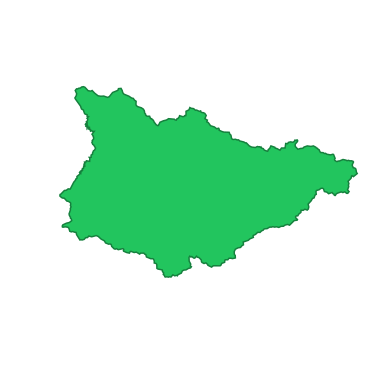 outline of Ngao, Lampang, Thailand, rotated 112°
{"feature_id": "78962969B20841547873304", "entity_name": "Ngao", "entity_type": "district", "adm_level": 2, "iso_a3": "THA", "parent_name": "Thailand", "parent_adm1": "Lampang", "projection": "orthographic", "projection_center": [99.933, 18.773], "detail": "fine", "context": "isolated", "style": "filled", "palette": "green", "viewbox_px": 384, "rotation_deg": 112, "n_neighbors": 0, "source": "geoboundaries", "source_scale": "gbopen_adm2", "svg_char_len": 6074}
<svg xmlns="http://www.w3.org/2000/svg" viewBox="0 0 384 384"><g transform="rotate(112 192 192)"><path d="M131.8,276.8L128.8,277.8L128.4,279.7L127.2,281.5L127.5,283.1L126.8,286.4L126.8,291.7L125.8,293.5L124.2,294.6L122.5,296.6L123.7,298.9L125.5,298.8L129.5,302.9L134.6,304.4L135.9,305.7L136.1,309.7L137.4,312.5L138.0,315.1L136.8,319.3L135.3,322.6L136.4,323.6L137.0,326.3L135.0,330.5L135.0,332.1L136.1,333.8L137.3,334.3L138.4,336.1L139.4,336.8L139.6,337.7L141.6,338.3L144.0,335.8L146.0,335.4L148.6,335.8L149.2,335.3L154.1,327.6L156.4,325.6L156.7,323.4L159.4,321.1L159.8,320.3L159.6,318.2L161.1,317.6L161.0,316.2L162.9,317.0L163.0,316.3L163.6,315.9L165.7,315.7L166.5,316.2L166.9,315.3L168.1,315.9L168.1,314.7L169.6,314.4L169.7,314.8L168.6,315.5L169.5,316.0L169.8,315.1L170.8,315.1L171.0,314.1L170.3,313.8L171.9,313.2L170.5,312.9L171.3,312.2L170.8,311.6L172.2,311.5L171.5,310.7L172.3,310.4L172.3,309.5L172.7,309.0L173.3,309.2L173.6,308.8L172.7,308.0L173.3,306.2L172.6,305.9L172.4,305.4L175.9,306.4L177.2,304.4L177.7,304.4L178.2,303.7L179.7,303.1L181.7,303.8L182.4,303.3L183.5,303.4L185.0,301.9L185.3,300.7L187.4,297.9L189.6,298.0L190.7,298.8L193.3,298.8L194.3,298.4L195.6,299.4L197.6,298.5L198.4,300.2L198.9,299.4L201.9,298.4L202.6,301.6L203.7,301.5L204.5,302.8L205.1,302.1L205.8,302.5L206.1,302.1L206.9,302.3L206.9,301.8L208.3,301.0L208.8,301.5L208.7,302.1L210.7,301.5L211.3,302.4L211.9,302.1L212.9,302.3L212.9,301.7L213.7,301.9L214.1,302.7L215.7,302.3L214.9,303.3L216.1,303.6L216.6,302.8L217.4,302.7L220.7,304.5L222.2,303.8L223.5,304.6L224.8,304.5L227.1,305.3L234.9,306.0L235.5,308.0L237.5,309.2L238.4,310.9L243.1,312.8L243.7,313.4L245.2,313.0L246.0,310.9L246.1,309.8L245.6,308.1L247.3,304.6L247.0,303.2L247.4,300.7L248.6,299.9L250.0,299.7L251.1,298.6L253.1,298.6L254.1,298.0L258.3,297.8L259.7,296.9L260.9,295.3L261.8,294.9L262.1,293.9L263.6,292.8L266.2,294.3L268.0,296.8L270.8,299.4L271.7,299.6L272.9,299.2L273.0,298.5L271.7,296.3L271.2,293.9L271.7,292.6L274.2,290.6L274.2,289.0L273.3,287.8L273.3,286.1L272.9,284.3L274.8,283.0L278.5,277.9L277.8,277.2L277.7,276.0L276.3,274.2L274.2,273.5L273.4,271.8L271.5,271.2L271.1,268.2L268.3,264.5L268.3,262.3L269.7,258.7L270.1,254.9L271.6,253.1L271.6,249.7L270.9,248.6L270.9,247.3L272.5,246.1L273.9,242.8L273.7,241.7L272.8,240.7L273.1,238.8L270.4,234.8L270.7,233.8L272.2,233.6L272.5,233.2L272.6,229.8L272.1,227.1L270.4,227.0L269.9,226.4L269.8,223.0L268.6,221.1L269.2,217.3L267.9,216.7L266.7,213.7L267.3,212.7L267.3,211.4L269.3,209.9L269.3,205.1L268.6,203.6L268.6,202.6L270.0,201.2L272.0,200.4L271.7,198.6L272.4,197.5L276.0,195.9L276.2,194.8L275.4,190.4L276.9,189.5L277.6,188.0L279.3,187.7L279.6,186.5L280.8,185.4L280.8,184.8L280.0,183.5L279.8,182.0L279.0,181.1L278.7,179.6L275.9,178.7L276.2,176.7L274.9,174.7L275.1,174.2L273.9,174.0L271.2,171.5L268.7,171.4L267.4,170.2L266.4,168.3L264.2,166.7L262.9,164.9L261.5,164.6L261.3,165.8L259.3,166.2L257.2,168.7L253.7,170.3L252.3,170.0L252.7,168.6L251.9,168.0L252.6,165.7L252.3,164.7L249.8,163.7L250.4,162.7L250.2,160.9L251.5,158.0L253.2,157.0L253.6,156.2L253.8,154.1L252.5,152.6L253.4,150.2L254.0,149.8L254.3,145.7L252.4,144.6L249.9,138.3L249.2,137.8L247.0,137.7L245.0,135.4L243.4,135.9L242.4,135.8L241.4,133.4L239.7,133.0L238.9,131.3L238.6,129.5L236.9,127.1L234.7,128.1L233.9,129.4L231.6,130.5L228.9,130.4L226.6,128.5L225.2,126.2L223.3,125.7L221.7,124.5L219.2,125.8L215.7,121.7L213.8,120.8L211.1,118.1L210.0,118.9L209.3,118.9L207.5,117.2L204.8,116.0L204.0,113.8L201.9,112.9L200.9,111.8L199.1,111.2L197.8,108.6L195.5,106.9L194.7,105.0L193.9,104.1L193.6,102.2L192.6,100.7L192.3,98.2L190.5,96.6L189.5,94.4L187.8,93.3L186.3,91.3L186.2,89.1L180.2,86.5L178.8,84.0L178.0,83.9L177.1,86.2L176.0,86.7L175.0,86.3L174.5,85.0L172.4,84.7L170.2,83.4L168.1,84.0L167.3,82.0L165.7,80.9L165.6,78.4L164.3,77.8L162.1,78.1L159.7,79.8L155.5,78.2L152.9,77.9L151.7,76.6L148.8,76.8L147.6,75.9L145.3,77.2L144.0,77.2L142.3,75.0L140.3,73.8L139.6,72.3L139.8,71.3L142.0,69.4L141.6,66.9L142.4,64.7L140.0,61.9L140.8,60.5L140.9,59.4L141.5,59.1L141.7,58.3L141.5,57.8L139.8,57.6L138.7,56.8L136.0,53.7L136.0,51.9L134.6,50.4L135.3,48.2L134.9,47.1L132.8,46.5L131.7,48.6L128.3,48.7L127.0,49.6L125.4,49.7L123.6,51.3L119.8,49.7L117.3,50.0L116.9,49.6L117.3,48.1L113.0,45.7L112.1,46.9L109.3,48.7L108.8,50.0L109.1,51.5L107.4,53.3L106.8,53.6L103.7,53.5L103.2,54.2L103.3,55.8L104.0,57.4L104.0,58.7L104.9,60.0L104.8,61.2L105.3,64.2L108.3,67.2L108.5,68.1L109.4,68.8L109.6,69.5L109.2,71.4L108.3,72.1L107.2,71.9L104.2,74.8L104.2,75.5L105.7,77.5L106.5,81.3L106.1,82.6L106.7,83.7L106.4,85.3L107.2,87.4L106.7,88.5L105.2,90.0L105.1,91.2L104.5,92.0L104.6,93.2L104.1,93.9L103.8,96.7L105.2,98.8L106.1,102.4L108.4,105.0L110.0,105.7L111.0,107.8L112.7,109.8L111.1,113.2L110.0,113.9L108.9,114.2L105.7,113.1L104.6,113.4L104.3,114.1L105.2,114.9L105.3,116.0L107.0,116.2L108.1,117.1L108.6,119.4L109.9,121.2L111.4,121.5L111.9,123.3L116.3,122.2L117.7,125.5L120.3,126.1L119.9,129.7L120.2,131.2L119.5,131.9L119.7,136.1L122.5,136.3L124.1,137.2L125.5,137.0L126.0,137.4L126.1,140.6L125.1,142.2L125.2,143.9L124.4,144.9L125.0,145.2L124.7,146.3L125.1,146.9L125.3,148.4L127.0,149.9L128.0,153.5L127.8,156.2L126.1,160.0L126.5,160.9L126.2,162.6L126.8,167.0L126.2,168.3L126.8,169.7L126.8,171.4L127.9,173.5L128.0,174.4L127.3,175.5L124.7,177.2L124.2,178.6L122.7,179.9L124.5,184.8L124.7,186.7L124.6,189.9L123.6,190.3L122.9,191.2L124.1,192.9L123.3,195.6L123.6,199.6L121.5,203.0L121.4,204.6L119.6,204.7L119.2,207.5L115.7,207.5L114.3,209.6L114.2,211.2L114.6,212.5L114.4,213.8L113.6,214.4L114.5,215.5L114.3,218.4L114.9,219.5L114.1,221.7L114.7,224.4L114.5,225.6L117.0,225.6L119.4,227.8L122.0,226.7L123.6,226.4L123.9,227.4L125.0,227.7L125.6,228.7L125.9,232.1L127.4,232.0L129.0,232.5L129.6,233.3L131.3,233.5L131.5,234.6L131.1,235.6L132.8,241.2L134.8,242.6L136.6,245.1L139.3,247.8L142.9,248.1L143.3,248.5L143.0,250.7L142.1,251.8L141.8,252.8L139.9,254.8L139.7,256.2L139.1,256.8L139.4,258.0L137.6,259.7L138.6,262.0L138.2,263.6L137.2,264.2L136.6,265.4L134.6,266.6L133.4,268.1L132.9,270.5L133.2,274.2L132.8,275.9L131.8,276.8Z" fill="#22c55e" stroke="#15803d" stroke-width="1.5"/></g></svg>